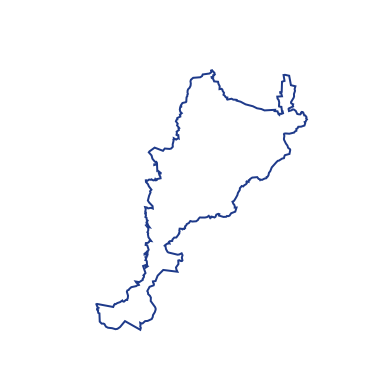 outline of Zihuateutla, Puebla, Mexico, rotated 335°
{"feature_id": "50627088B80124610237867", "entity_name": "Zihuateutla", "entity_type": "district", "adm_level": 2, "iso_a3": "MEX", "parent_name": "Mexico", "parent_adm1": "Puebla", "projection": "natural_earth1", "projection_center": [-97.808, 20.291], "detail": "fine", "context": "isolated", "style": "outline", "palette": "blue", "viewbox_px": 384, "rotation_deg": 335, "n_neighbors": 0, "source": "geoboundaries", "source_scale": "gbopen_adm2", "svg_char_len": 6089}
<svg xmlns="http://www.w3.org/2000/svg" viewBox="0 0 384 384"><g transform="rotate(335 192 192)"><path d="M58.5,279.5L62.1,281.7L64.7,284.0L66.6,284.5L69.7,284.0L76.7,280.7L86.9,295.0L88.2,293.5L88.3,291.9L89.2,290.7L89.8,288.7L90.7,289.8L91.7,290.2L95.0,289.2L97.3,290.1L101.8,290.1L103.6,288.7L104.6,287.1L107.5,285.2L109.3,283.3L109.8,282.2L109.9,280.7L108.5,273.4L110.1,270.3L110.0,268.3L109.1,266.0L109.7,264.3L109.6,262.9L113.5,260.0L117.8,260.4L118.6,259.4L118.5,257.4L118.8,256.5L121.3,257.3L125.5,253.3L133.0,250.5L145.1,258.1L145.1,255.5L145.6,253.6L149.2,251.6L150.6,248.3L151.6,248.4L152.9,250.0L153.7,250.3L154.4,250.0L155.1,247.1L156.7,245.3L156.7,243.2L153.9,243.2L152.4,242.7L145.0,236.8L144.5,235.8L144.3,232.8L145.0,230.0L144.6,229.3L145.4,229.2L145.5,228.7L147.5,228.4L148.7,228.7L149.0,228.3L149.9,229.1L150.2,227.4L151.1,227.2L153.4,228.0L154.2,226.8L156.6,225.8L158.6,226.6L162.8,224.3L162.7,223.9L164.0,222.8L164.2,221.6L165.3,220.0L166.7,220.7L167.6,221.8L168.0,221.5L169.3,222.2L169.6,221.7L170.5,221.8L171.2,220.2L172.6,219.9L173.6,218.9L176.1,218.8L178.2,217.6L179.8,218.9L183.4,220.3L185.7,219.8L186.7,219.0L188.3,218.4L192.9,220.6L195.0,221.1L197.1,220.7L197.5,223.2L198.9,222.5L199.1,223.2L200.0,223.1L201.7,224.6L202.8,224.4L204.5,222.8L206.6,222.9L207.4,223.6L206.5,224.8L210.0,227.9L212.5,228.9L213.5,228.5L214.6,229.2L216.0,229.3L218.5,227.8L222.9,228.1L225.8,224.9L224.1,224.2L224.7,223.0L224.9,221.4L224.5,220.2L224.6,217.9L226.3,217.8L228.5,216.4L231.7,214.1L233.3,212.2L236.1,210.4L237.0,208.8L239.6,207.6L240.8,208.6L242.1,208.0L244.1,207.8L245.3,207.3L245.6,205.8L246.1,205.5L247.6,206.8L248.5,205.3L249.2,205.6L250.1,204.8L252.7,204.4L257.4,206.1L257.9,208.3L258.7,209.0L258.8,209.9L259.3,209.7L260.6,210.6L263.6,210.5L265.0,210.9L265.9,210.5L266.0,210.0L267.1,210.0L268.4,209.1L269.9,207.1L271.7,206.2L274.7,203.4L281.2,200.6L282.9,200.0L284.0,200.3L287.8,199.8L289.6,200.2L291.2,198.3L291.9,197.9L296.4,198.7L298.8,195.4L298.9,194.7L297.8,192.5L298.1,190.2L297.6,187.9L297.5,183.7L297.7,182.8L299.4,180.2L299.8,178.4L300.3,178.1L301.6,178.5L304.8,180.3L309.7,181.3L310.6,180.7L312.5,180.6L313.2,178.9L314.5,178.9L315.9,177.8L318.5,178.9L322.0,179.3L323.6,177.6L323.7,176.2L324.7,176.3L325.7,175.3L326.9,174.8L326.6,173.4L327.4,172.6L327.0,170.5L326.1,170.0L326.4,167.0L326.0,166.2L325.4,165.9L325.0,166.4L324.4,166.2L324.2,166.8L323.0,167.4L321.9,166.9L320.4,165.8L320.3,162.3L319.1,160.2L318.1,159.7L316.9,160.0L314.1,159.6L314.6,157.5L315.0,157.2L319.8,157.2L320.1,155.6L320.7,155.2L319.4,153.5L319.7,152.4L323.9,149.6L324.9,148.5L325.8,146.3L328.1,143.9L328.5,142.1L330.4,139.9L326.8,137.0L329.2,127.7L325.8,125.1L324.4,124.7L322.8,130.4L320.2,130.1L315.6,139.2L314.1,138.8L313.9,139.6L314.7,139.6L314.0,143.3L309.6,141.6L309.0,143.5L309.4,145.4L308.9,147.6L307.1,151.0L307.1,151.4L309.0,152.6L307.6,157.1L308.2,157.2L307.8,159.1L306.1,159.0L304.5,158.1L303.8,159.0L303.3,158.0L303.6,155.0L301.1,153.6L302.0,152.6L292.2,148.7L289.9,146.1L286.3,143.6L283.4,140.0L277.6,135.2L274.2,130.7L271.1,128.1L271.5,127.6L270.9,127.0L268.4,125.7L267.3,124.2L263.1,123.2L263.0,122.5L263.9,121.3L262.6,120.4L262.3,118.4L261.6,117.2L262.9,115.7L262.5,113.1L262.8,112.0L262.4,111.0L260.4,110.4L261.8,107.8L261.7,105.1L262.2,103.1L258.8,101.1L259.0,98.4L258.1,97.0L258.3,96.1L259.9,96.6L260.5,95.2L261.5,95.5L262.2,95.1L261.9,94.7L262.7,93.8L262.1,91.5L261.4,90.7L261.5,90.1L260.6,90.0L260.1,91.6L257.9,92.0L251.4,90.0L250.1,91.2L248.0,91.5L241.3,89.0L238.5,89.8L237.4,91.0L236.8,93.1L235.6,95.1L233.9,96.5L232.0,97.2L231.0,98.1L230.0,99.8L229.7,101.4L228.9,101.9L228.1,103.3L227.1,103.8L225.0,107.7L224.4,108.0L221.0,107.3L218.6,108.7L218.4,108.9L218.8,108.9L218.3,110.2L217.0,110.4L215.8,112.1L215.3,114.3L216.0,116.2L214.8,116.4L214.1,117.2L213.7,117.0L213.3,118.7L210.0,118.7L209.5,119.9L209.0,119.7L207.3,121.1L207.9,124.1L206.6,125.3L207.4,128.6L206.7,128.6L206.3,130.3L203.6,130.8L203.2,132.3L202.3,133.3L202.1,133.7L202.7,134.5L203.6,134.7L202.6,137.8L202.3,137.4L199.8,137.8L198.2,135.6L197.8,136.6L197.2,136.8L197.1,137.6L194.6,140.7L193.7,142.9L191.5,143.8L189.9,143.5L185.7,141.1L183.1,142.4L176.9,136.0L170.7,137.2L169.6,137.8L170.8,141.8L170.2,145.1L170.9,148.0L171.5,149.4L172.4,149.6L172.5,150.9L172.1,151.9L169.5,151.0L169.2,151.6L172.0,152.1L169.5,158.1L170.0,158.1L171.7,161.6L171.3,162.0L169.9,161.1L169.6,163.1L169.8,164.7L169.3,166.3L165.0,165.3L165.0,166.2L164.2,166.2L163.9,166.0L164.4,165.4L164.2,164.7L163.4,165.4L161.8,165.1L160.6,163.4L160.0,163.6L158.4,162.6L156.6,162.9L155.8,162.5L155.4,163.2L155.4,162.0L155.1,161.9L154.5,163.5L155.4,166.3L155.3,168.5L156.2,172.8L154.3,173.6L154.2,174.9L151.6,177.2L148.4,181.1L148.7,183.4L150.3,188.1L149.5,190.4L148.1,189.0L145.3,188.3L144.5,186.9L143.1,185.9L142.8,188.0L141.3,190.1L141.2,190.5L141.6,191.0L141.0,192.2L140.5,192.0L140.4,193.7L139.2,195.0L139.9,196.0L139.2,198.2L139.7,199.1L138.9,199.6L138.8,200.2L137.9,200.3L137.8,201.4L137.4,201.8L138.1,201.8L138.3,202.4L137.9,202.6L138.6,205.9L136.6,204.2L137.1,206.4L135.9,208.6L134.6,209.6L134.9,210.8L134.2,211.6L133.4,214.7L134.3,219.2L132.9,218.3L131.7,219.2L130.4,219.4L128.6,218.8L127.6,220.4L128.9,221.4L128.3,226.0L127.3,226.8L126.0,226.9L126.2,228.0L125.8,228.7L124.0,227.6L123.3,228.3L122.8,228.1L122.6,228.5L123.5,228.6L124.8,230.2L124.1,230.4L124.2,231.0L123.2,231.3L123.1,231.9L122.3,231.6L122.3,232.7L121.1,234.0L121.7,234.3L121.7,235.8L120.4,239.2L120.4,240.1L119.4,240.3L119.8,240.7L118.3,240.9L119.1,238.6L116.4,238.4L115.6,245.8L112.8,247.0L113.1,247.7L112.3,248.9L110.7,249.8L110.3,250.8L106.2,251.4L103.1,249.3L103.3,250.7L104.6,252.9L104.6,253.8L102.3,253.4L101.6,253.7L96.8,252.6L94.1,253.4L93.3,254.0L91.8,253.9L90.8,254.9L90.2,259.0L88.7,261.4L87.9,261.7L87.6,262.4L86.5,261.9L83.9,262.6L83.1,261.8L83.0,260.9L80.3,261.4L77.4,261.1L75.3,261.4L74.8,260.9L73.9,261.2L72.0,262.9L58.6,253.3L57.9,253.3L57.7,256.3L58.3,257.5L56.7,257.7L56.2,258.5L57.0,259.4L56.4,260.2L56.0,262.0L56.8,262.9L53.6,270.5L54.5,273.1L56.2,273.9L56.8,274.6L57.1,277.7L58.5,279.5Z" fill="none" stroke="#1e3a8a" stroke-width="2"/></g></svg>